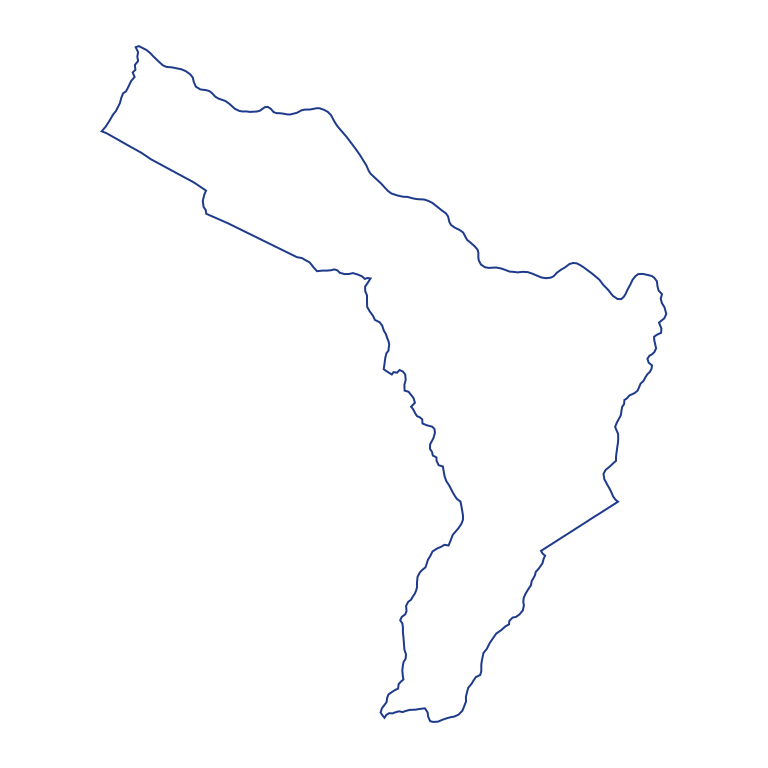 outline of Araçatuba, São Paulo, Brazil
{"feature_id": "56859067B55105103100347", "entity_name": "Araçatuba", "entity_type": "district", "adm_level": 2, "iso_a3": "BRA", "parent_name": "Brazil", "parent_adm1": "São Paulo", "projection": "orthographic", "projection_center": [-50.576, -21.143], "detail": "fine", "context": "isolated", "style": "outline", "palette": "blue", "viewbox_px": 768, "rotation_deg": 0, "n_neighbors": 0, "source": "geoboundaries", "source_scale": "gbopen_adm2", "svg_char_len": 5314}
<svg xmlns="http://www.w3.org/2000/svg" viewBox="0 0 768 768"><path d="M651.8,276.0L647.5,274.9L642.8,273.9L638.2,274.1L635.5,276.1L632.6,279.7L630.3,284.6L627.2,290.3L625.7,293.8L623.8,296.8L621.2,299.1L617.5,299.0L612.8,295.8L608.0,289.7L603.3,284.9L599.2,279.5L591.6,273.2L588.6,271.0L583.9,267.5L580.0,265.0L576.6,263.3L573.1,263.0L569.5,264.0L565.0,267.4L561.2,269.6L556.8,272.8L553.6,276.3L550.6,277.7L545.8,278.2L541.4,277.5L531.9,273.5L527.6,272.1L522.8,271.8L517.6,272.4L513.9,271.9L509.7,271.6L503.9,269.4L500.8,268.4L496.1,267.5L488.7,267.9L484.9,267.2L481.0,264.6L478.8,260.5L478.3,257.1L478.4,252.9L477.6,249.8L475.0,246.6L470.4,242.5L467.1,239.9L465.2,236.4L463.2,232.6L460.0,230.2L454.9,227.7L451.1,225.0L449.4,222.1L448.1,216.5L445.9,213.3L443.4,211.6L441.0,209.8L438.6,207.8L432.2,202.8L427.9,200.7L424.1,199.5L417.8,199.2L413.9,198.6L410.7,197.8L407.6,196.9L403.5,196.8L397.9,195.6L391.4,193.5L388.0,191.0L385.0,187.8L381.1,183.5L370.6,173.8L368.7,170.8L366.4,165.5L359.8,154.8L354.9,147.9L346.6,136.9L338.3,127.3L336.4,124.7L334.7,122.0L330.9,115.0L327.7,111.8L324.2,109.9L319.7,108.3L316.8,108.2L310.1,109.5L304.7,109.6L301.5,110.3L296.9,112.8L290.2,114.5L287.1,114.4L283.7,113.7L279.7,113.2L276.7,113.2L273.6,112.1L270.8,108.8L267.7,106.9L264.8,107.2L259.9,110.7L257.0,111.5L249.9,111.9L246.2,111.4L243.0,111.5L239.5,111.0L234.9,108.8L229.2,103.7L225.4,101.0L218.5,98.6L215.2,96.6L212.2,93.3L209.4,91.1L206.4,90.2L200.3,89.4L195.8,86.6L193.7,81.7L192.8,77.6L190.2,74.3L185.8,71.2L181.5,69.3L172.2,67.4L166.4,66.9L162.7,65.2L158.2,61.1L153.2,56.3L150.9,53.7L146.5,50.0L138.8,46.1L135.7,47.2L138.1,52.2L137.3,56.7L138.1,61.0L134.9,64.9L135.4,69.7L132.7,72.5L134.6,77.0L131.2,80.9L128.3,87.0L125.9,91.5L123.2,93.2L121.3,97.8L119.9,103.2L115.8,111.2L113.1,114.5L109.4,120.9L105.8,126.5L101.7,131.3L106.3,133.1L129.5,146.2L141.7,153.0L151.0,159.3L194.3,182.7L206.0,190.6L204.2,194.9L202.8,201.0L203.6,207.0L205.7,210.0L206.3,213.8L228.2,223.4L252.0,235.1L297.0,257.2L301.8,258.0L306.5,260.7L309.6,262.4L311.6,264.8L313.8,267.7L317.0,271.2L322.4,270.6L327.3,270.6L331.2,270.2L334.3,269.4L337.5,270.4L339.8,272.8L344.6,274.1L349.0,274.0L352.9,273.1L357.3,274.4L361.8,276.2L364.8,278.9L367.6,278.0L370.5,278.5L367.8,282.7L365.1,286.6L365.2,291.1L367.0,295.4L367.0,301.8L367.2,307.0L369.8,311.5L373.2,316.1L374.9,319.9L379.7,322.3L382.2,325.6L383.8,330.6L385.9,334.1L387.1,337.7L388.5,341.3L389.2,344.3L388.4,350.8L386.4,353.3L385.2,358.3L384.6,363.2L383.7,369.2L387.3,371.7L391.8,374.5L393.6,372.1L397.0,372.7L399.6,370.0L403.1,371.7L405.2,374.5L405.7,380.0L404.4,384.7L404.6,390.6L408.6,391.8L413.5,398.0L414.9,402.8L411.1,406.7L413.0,409.0L415.2,413.3L417.0,416.1L419.8,417.3L422.2,419.3L422.5,423.5L426.9,425.3L432.2,426.7L434.5,429.0L434.9,433.1L433.4,438.2L430.1,444.4L430.0,448.9L432.1,452.1L432.8,455.5L436.4,457.4L436.6,460.8L438.7,465.2L442.9,466.5L443.7,471.5L444.5,475.8L446.1,480.7L449.7,486.3L451.2,489.4L452.8,492.4L455.0,496.2L456.9,498.9L460.5,501.6L461.8,508.4L463.0,515.7L462.9,519.9L461.4,523.8L458.3,528.4L452.8,534.8L451.3,538.7L449.9,542.3L448.5,545.5L444.4,544.8L441.5,546.6L437.1,548.5L432.5,551.5L430.1,556.3L427.9,559.8L426.7,563.7L425.4,567.4L422.4,569.8L420.1,572.1L417.6,576.7L417.0,582.3L417.0,587.3L416.1,590.6L414.8,593.7L412.7,596.8L411.1,599.7L408.2,601.8L406.1,605.8L406.5,611.2L405.3,614.3L401.8,616.9L400.2,620.2L402.4,623.5L402.9,627.4L402.9,632.2L403.5,637.9L404.0,644.3L404.4,649.6L406.0,654.3L405.6,658.7L403.6,661.9L402.9,665.3L402.3,670.4L402.8,675.7L403.4,679.5L400.7,681.8L398.6,684.2L398.1,688.6L395.0,690.1L392.2,691.8L388.5,694.4L387.1,698.1L386.6,702.1L384.4,705.0L382.0,708.1L380.6,712.5L382.4,715.3L384.5,717.8L386.4,714.8L389.1,713.2L392.5,713.4L395.3,712.3L399.1,711.3L402.5,712.1L405.9,710.9L409.7,709.9L415.2,709.7L419.5,709.0L424.9,708.3L427.6,712.4L428.2,716.8L430.1,721.1L433.0,721.9L437.9,721.7L442.8,719.6L446.7,718.3L450.6,717.2L454.2,716.6L458.6,714.6L462.4,710.7L463.9,707.0L466.0,701.5L465.9,696.8L467.1,691.8L468.3,687.7L471.5,683.9L473.4,680.7L475.8,677.1L480.2,675.0L481.3,671.1L481.3,668.0L481.3,664.3L481.9,660.4L483.5,652.9L486.8,648.9L489.8,642.9L493.3,637.8L496.3,633.5L501.0,630.3L505.5,626.3L509.0,624.4L509.4,620.8L512.6,617.6L516.0,616.9L519.4,614.5L522.8,610.4L523.9,605.5L523.3,601.6L523.7,597.9L525.6,593.6L528.1,589.5L531.0,585.1L531.7,581.0L533.5,578.0L535.0,575.2L535.7,572.0L538.8,568.5L542.5,563.2L543.7,558.6L545.1,555.7L542.6,553.6L541.0,550.9L582.6,524.3L591.9,518.3L595.2,516.2L597.8,514.6L618.0,501.7L615.4,499.6L613.1,496.4L611.1,491.7L609.2,488.0L607.0,484.2L604.3,479.1L603.5,473.8L605.6,469.9L608.6,467.5L611.3,465.1L613.7,462.8L616.0,460.9L616.0,456.8L616.5,452.9L617.3,447.0L618.0,442.4L618.2,438.2L618.1,433.9L616.3,429.8L615.1,426.9L616.9,422.5L619.1,418.4L620.8,415.3L621.5,410.6L622.1,407.0L624.1,404.0L624.4,400.0L626.9,398.4L629.3,395.5L634.6,393.1L637.6,390.6L639.0,387.5L640.6,383.6L643.6,380.8L645.4,377.3L647.4,374.2L649.9,371.9L651.5,368.8L652.0,365.4L648.7,362.7L647.4,358.8L649.5,355.7L652.2,354.2L654.4,352.0L656.1,348.4L655.2,344.3L654.2,339.9L654.1,336.7L657.0,334.7L661.1,332.8L661.4,328.5L659.0,322.6L664.3,318.3L666.3,313.9L664.5,307.3L661.9,303.1L660.7,298.8L662.0,294.1L658.6,290.6L657.5,286.3L656.9,281.3L654.2,277.7L651.8,276.0Z" fill="none" stroke="#1e3a8a" stroke-width="2"/></svg>